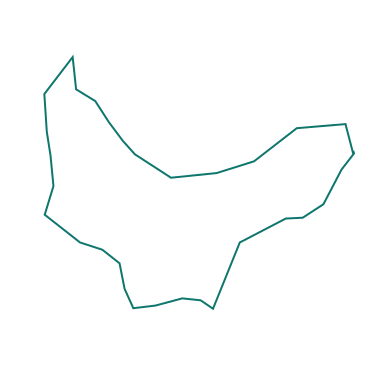 outline of Dongnae-gu, Busan, South Korea, rotated 186°
{"feature_id": "91817680B12008242239928", "entity_name": "Dongnae-gu", "entity_type": "district", "adm_level": 2, "iso_a3": "KOR", "parent_name": "South Korea", "parent_adm1": "Busan", "projection": "equal_earth", "projection_center": [129.073, 35.197], "detail": "fine", "context": "isolated", "style": "outline", "palette": "teal", "viewbox_px": 384, "rotation_deg": 186, "n_neighbors": 0, "source": "geoboundaries", "source_scale": "gbopen_adm2", "svg_char_len": 582}
<svg xmlns="http://www.w3.org/2000/svg" viewBox="0 0 384 384"><g transform="rotate(186 192 192)"><path d="M336.1,154.0L298.1,130.1L275.1,125.2L256.6,113.5L248.9,88.6L238.2,70.3L216.6,75.2L190.5,85.2L172.1,85.2L158.9,78.1L139.2,146.8L96.0,175.4L79.2,178.0L60.0,193.6L45.6,230.0L34.9,247.3L35.3,248.2L35.8,247.3L46.3,275.2L46.4,275.6L94.5,266.4L133.5,229.0L169.5,213.4L214.4,204.0L252.7,223.5L266.2,235.7L282.0,252.8L297.7,272.3L318.0,282.0L324.3,311.5L324.8,313.7L349.1,274.0L342.7,236.7L336.5,213.4L330.4,183.4L336.1,154.0Z" fill="none" stroke="#0f766e" stroke-width="2"/></g></svg>